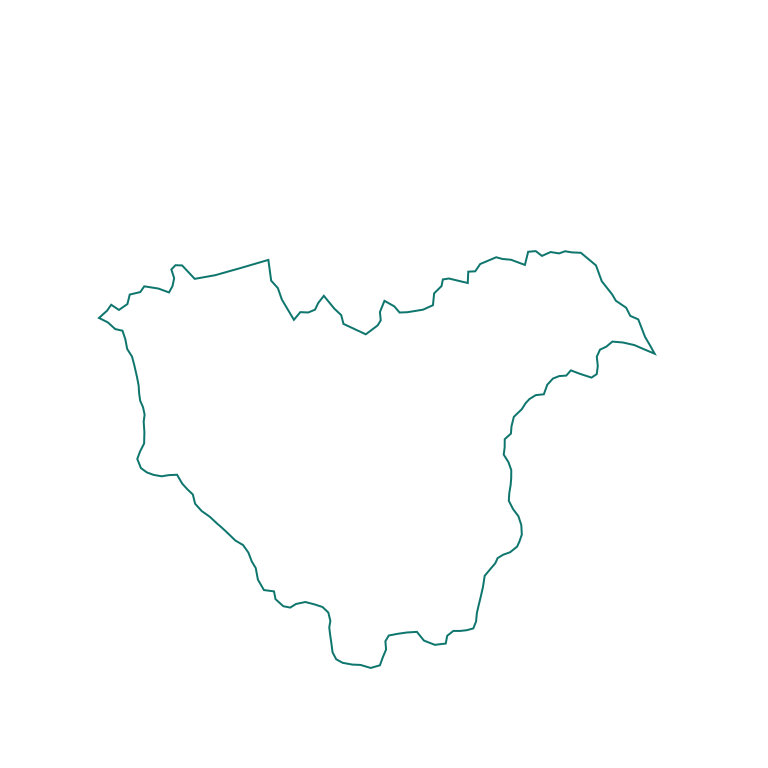 Monte Sião, Minas Gerais, Brazil, rotated 138°
{"feature_id": "56859067B91379037396380", "entity_name": "Monte Sião", "entity_type": "district", "adm_level": 2, "iso_a3": "BRA", "parent_name": "Brazil", "parent_adm1": "Minas Gerais", "projection": "equal_earth", "projection_center": [-46.525, -22.428], "detail": "fine", "context": "isolated", "style": "outline", "palette": "teal", "viewbox_px": 768, "rotation_deg": 138, "n_neighbors": 0, "source": "geoboundaries", "source_scale": "gbopen_adm2", "svg_char_len": 2554}
<svg xmlns="http://www.w3.org/2000/svg" viewBox="0 0 768 768"><g transform="rotate(138 384 384)"><path d="M611.1,311.2L604.5,303.5L608.6,296.7L607.5,286.2L603.3,280.6L596.6,279.4L588.4,274.7L583.1,266.7L578.9,259.4L578.3,251.4L582.4,243.8L587.5,239.8L591.4,234.3L596.2,227.1L601.8,219.0L603.7,211.4L601.3,204.5L595.3,196.7L589.4,190.9L583.9,181.9L575.3,177.7L567.3,181.9L560.1,185.3L555.1,191.9L548.8,193.9L541.3,189.4L533.5,184.2L525.4,177.8L526.0,166.6L520.8,156.2L511.8,149.8L505.5,154.6L497.7,154.1L492.6,149.5L487.3,145.7L481.2,142.6L474.5,145.9L468.4,151.5L462.9,155.4L454.7,161.0L446.3,166.9L437.5,174.1L427.6,175.5L421.3,176.3L416.0,178.6L409.7,177.4L402.9,174.6L393.9,174.1L388.8,176.3L382.3,179.9L376.3,187.4L372.6,195.8L371.8,204.7L369.4,213.7L364.0,219.0L357.5,224.2L352.4,229.0L347.0,234.9L343.8,242.7L342.3,251.4L336.8,256.1L331.2,262.2L322.9,262.2L317.5,267.3L309.5,272.7L298.4,273.1L291.5,275.0L285.9,275.5L278.7,274.2L272.1,269.4L263.2,274.2L254.8,275.0L248.6,272.7L242.9,268.3L236.0,269.1L231.5,260.3L225.5,249.9L219.3,249.0L213.1,254.3L207.6,261.9L200.5,265.0L193.9,263.0L185.9,262.7L178.7,255.0L171.9,245.4L166.8,234.3L162.6,225.4L160.5,234.6L158.5,244.3L151.8,261.9L155.4,269.8L153.0,278.7L156.0,290.7L154.5,297.9L153.4,314.7L147.1,330.3L149.9,349.8L156.4,356.2L160.6,361.5L166.5,363.9L171.9,370.6L180.9,373.5L182.3,381.2L188.4,385.8L199.6,378.2L206.5,391.4L212.2,397.5L215.8,403.1L225.9,406.6L232.2,408.8L240.8,406.7L246.2,411.1L254.2,403.0L265.2,419.0L270.3,422.3L275.7,418.3L286.1,417.8L294.9,409.8L305.2,413.1L312.7,417.9L318.7,421.8L324.6,426.7L324.4,434.8L328.0,445.5L338.9,440.2L343.8,433.5L349.5,431.8L364.3,433.1L373.9,455.8L369.7,463.8L370.5,473.4L369.7,489.8L378.7,488.2L385.5,485.4L392.4,487.8L398.1,493.4L408.0,492.0L403.4,515.1L398.7,526.3L398.7,536.3L386.9,553.6L413.3,566.3L436.8,577.9L454.3,588.8L454.7,607.2L459.5,611.8L465.4,611.4L469.1,603.1L475.6,598.3L482.5,595.9L487.8,605.9L496.8,617.0L503.6,615.4L513.1,620.6L521.2,615.1L531.4,616.4L533.7,625.4L540.7,623.8L551.6,623.8L548.0,614.6L547.0,604.7L542.7,598.6L546.3,590.3L551.4,581.9L552.9,573.0L556.7,565.6L562.8,554.6L567.4,547.0L572.3,540.8L576.4,534.7L578.6,528.0L582.4,521.4L587.8,516.8L594.4,508.4L602.1,500.3L610.4,497.1L617.5,493.4L620.9,484.2L619.4,477.0L616.0,470.6L611.0,464.2L604.8,460.2L598.5,455.0L600.6,445.1L600.6,437.6L600.0,429.8L604.5,421.4L604.5,411.6L602.3,401.9L601.5,392.7L600.6,385.4L599.8,375.9L599.2,367.1L596.5,358.6L597.6,349.4L601.0,340.6L602.5,333.0L608.6,323.0L611.1,311.2Z" fill="none" stroke="#0f766e" stroke-width="2"/></g></svg>